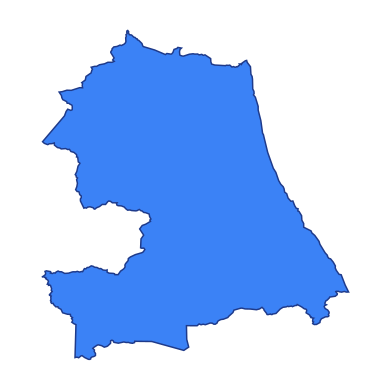 Gbokle, Bas-Sassandra, Ivory Coast (Equal Earth projection), rotated 268°
{"feature_id": "98640826B37905317988050", "entity_name": "Gbokle", "entity_type": "district", "adm_level": 2, "iso_a3": "CIV", "parent_name": "Ivory Coast", "parent_adm1": "Bas-Sassandra", "projection": "equal_earth", "projection_center": [-6.009, 5.243], "detail": "fine", "context": "isolated", "style": "filled", "palette": "blue", "viewbox_px": 384, "rotation_deg": 268, "n_neighbors": 0, "source": "geoboundaries", "source_scale": "gbopen_adm2", "svg_char_len": 5813}
<svg xmlns="http://www.w3.org/2000/svg" viewBox="0 0 384 384"><g transform="rotate(268 192 192)"><path d="M179.6,83.4L180.0,84.4L179.6,86.0L180.5,87.1L180.8,89.5L179.7,92.7L178.4,93.6L178.3,94.4L179.6,96.1L180.7,99.1L182.7,101.8L182.6,105.2L185.2,107.4L185.9,108.4L185.8,109.1L185.4,110.4L184.0,112.0L183.8,116.7L183.0,116.1L181.4,116.6L180.9,117.7L180.6,120.9L179.3,123.8L177.6,125.2L176.1,127.0L176.2,129.4L175.6,130.9L175.1,135.2L175.3,136.5L176.4,138.7L175.1,140.2L174.9,141.2L173.2,143.2L173.0,144.8L171.5,148.4L168.8,148.8L166.4,150.0L165.4,148.9L164.1,149.5L161.4,144.5L160.3,141.1L156.9,138.4L150.6,142.2L146.9,139.4L138.0,138.7L137.6,139.6L137.6,141.9L136.2,142.9L133.9,141.2L133.1,139.9L131.4,133.2L129.2,128.1L128.3,126.8L127.6,126.0L125.7,125.8L122.7,123.1L121.3,122.4L119.6,122.5L118.6,122.0L117.4,120.9L115.4,117.8L112.0,115.3L112.1,112.0L113.0,111.7L113.4,110.5L113.8,106.3L114.8,104.4L117.1,104.4L116.7,103.4L117.1,100.5L118.7,98.2L118.6,96.6L119.9,94.4L120.2,92.1L121.2,90.6L121.7,88.7L120.2,86.1L120.2,84.6L118.9,83.2L119.2,81.8L116.2,79.9L116.4,78.9L115.9,76.8L116.7,74.6L116.2,72.5L116.4,71.3L116.3,69.5L115.2,65.9L115.1,61.9L116.8,58.9L117.0,56.7L117.7,55.4L116.8,53.4L115.8,52.6L116.0,51.1L115.4,49.5L115.9,47.7L116.7,48.2L117.4,47.7L118.3,43.7L117.8,42.3L116.0,42.9L114.6,42.6L113.1,40.6L112.3,39.0L112.4,41.0L111.8,41.7L111.7,42.6L111.0,42.7L110.9,43.2L110.4,42.9L108.9,44.9L107.6,45.4L104.9,44.2L104.8,45.6L103.7,45.4L103.8,46.9L103.6,47.3L100.3,48.3L98.6,47.9L97.5,48.8L95.5,47.0L94.9,47.0L94.7,46.1L94.2,45.9L93.8,46.0L92.9,47.7L92.1,47.2L89.8,47.3L88.3,46.8L87.6,47.5L86.9,47.1L86.0,47.5L85.6,47.9L85.5,49.4L84.3,49.8L82.0,51.9L82.0,53.7L81.7,54.2L80.9,54.3L79.3,57.0L75.8,58.5L74.2,63.2L73.9,66.2L72.3,66.3L70.5,68.2L69.7,67.2L68.3,68.2L67.0,68.0L66.1,67.3L64.6,69.2L63.5,71.4L30.6,69.3L31.0,71.2L30.3,73.0L32.1,75.4L32.3,76.5L30.4,78.8L28.4,82.6L28.3,84.1L28.7,84.9L29.8,85.1L30.7,86.5L31.0,88.1L31.9,89.8L34.0,89.9L36.0,88.7L37.5,89.0L39.2,87.4L40.2,88.6L42.3,92.0L42.5,93.1L41.6,96.3L40.0,98.9L40.6,101.4L41.0,102.3L43.6,105.3L46.2,105.5L46.7,106.8L46.2,107.9L44.5,108.7L43.5,113.1L44.5,118.7L43.9,120.9L43.9,123.3L43.3,124.8L42.9,127.3L43.5,129.3L44.8,129.5L44.0,146.6L34.0,178.3L37.1,183.3L44.9,181.6L58.6,181.8L58.2,192.5L59.9,194.5L59.0,196.4L59.5,198.5L58.9,200.7L60.4,205.5L60.2,207.6L59.1,209.3L59.1,210.7L60.1,212.4L61.8,213.2L62.5,214.1L63.5,216.3L63.8,219.0L65.3,223.4L66.5,224.4L70.1,228.7L72.5,229.8L74.2,236.7L74.2,237.9L73.3,241.0L73.0,246.2L72.1,252.3L72.8,255.5L74.3,257.9L72.5,259.7L71.4,259.9L68.4,262.1L67.0,262.7L66.8,263.6L67.3,266.3L66.8,266.8L66.8,267.9L67.2,268.2L67.7,271.7L72.0,276.1L73.6,278.9L73.9,282.0L74.5,283.8L74.1,284.5L74.5,287.4L73.9,288.4L74.9,290.9L75.0,292.7L75.9,293.2L73.4,297.5L71.3,300.2L71.0,301.7L70.4,302.3L69.5,302.5L67.3,301.8L64.8,305.4L63.9,305.6L63.0,306.7L62.4,306.4L61.7,308.9L61.5,308.5L58.8,308.0L58.2,308.2L57.9,308.9L56.3,308.0L55.3,309.5L55.3,311.8L57.1,315.3L58.8,315.6L60.8,316.9L62.6,321.1L62.6,323.2L63.0,324.2L63.7,324.5L64.8,324.0L66.2,324.8L67.2,324.8L69.3,323.5L70.9,321.0L72.8,320.1L73.8,320.6L74.6,322.4L75.3,321.1L76.3,320.9L78.7,322.1L79.2,323.3L81.3,325.5L82.2,326.0L82.8,331.5L84.3,333.5L85.2,333.7L87.4,332.2L87.7,332.6L87.6,334.9L87.1,335.9L86.7,338.1L87.3,340.7L86.6,342.7L86.6,345.0L93.7,341.8L104.1,338.2L104.6,336.1L108.6,333.5L111.1,332.5L113.1,332.7L117.0,330.7L120.3,328.2L121.1,326.2L123.1,325.1L124.0,325.1L126.6,322.9L135.3,318.0L138.3,317.2L144.3,313.2L146.9,310.4L149.0,309.6L152.9,302.4L156.6,302.5L160.0,300.8L164.5,300.7L168.8,298.3L169.4,297.1L171.6,297.4L172.0,295.7L174.6,294.2L179.5,292.5L179.3,290.5L182.6,287.8L187.0,286.6L188.6,284.6L192.1,284.1L194.1,283.3L196.6,281.0L200.4,279.0L208.7,276.5L212.8,274.1L229.0,269.0L247.1,265.3L248.1,264.6L260.9,263.3L271.5,261.0L275.3,261.1L284.6,258.6L286.9,256.8L288.2,257.5L290.5,257.4L292.8,256.3L302.7,256.4L305.4,256.1L307.6,255.0L315.2,254.8L319.6,251.7L321.6,251.2L321.3,249.9L319.4,247.0L317.9,245.9L318.6,245.6L318.1,244.7L318.3,243.8L317.5,244.1L315.6,241.9L315.7,240.9L315.2,240.1L315.3,238.8L315.9,238.1L315.5,236.3L317.5,234.2L317.3,233.0L317.5,230.7L317.1,229.9L318.1,219.1L319.2,216.1L321.3,215.4L324.7,215.3L328.6,209.8L328.2,208.0L329.2,206.6L328.8,203.9L329.7,202.5L329.7,199.8L330.1,197.9L329.8,194.2L328.1,188.3L328.2,187.1L328.9,185.2L329.4,184.6L332.6,184.4L334.9,185.0L336.2,186.5L337.0,182.9L336.0,181.9L335.1,179.0L332.1,177.8L330.7,176.5L330.5,175.8L331.3,171.7L330.3,170.2L335.2,159.7L339.0,148.5L339.9,147.8L342.1,147.2L345.4,144.1L346.0,142.8L346.9,142.6L347.3,141.5L348.5,140.4L348.8,139.2L351.0,137.1L351.4,134.9L353.3,134.1L354.5,134.3L355.7,133.4L355.4,132.7L354.1,132.3L352.7,132.7L351.5,131.5L350.0,131.8L348.4,131.1L344.6,131.2L343.3,130.6L342.2,129.4L340.9,126.7L341.3,125.1L340.1,122.2L339.7,118.9L337.9,117.1L336.8,117.0L335.1,115.8L334.2,115.7L328.7,118.8L326.7,117.3L325.3,118.8L324.4,116.6L324.6,112.5L323.2,109.1L322.4,104.0L320.9,101.1L321.0,99.1L320.2,95.6L318.1,96.8L317.1,96.1L314.5,95.3L311.2,90.1L307.7,89.3L305.1,85.6L304.2,86.4L302.2,86.0L300.0,86.3L300.2,83.4L297.8,74.9L298.1,70.5L296.8,65.8L296.5,62.7L292.9,64.9L290.8,65.2L288.8,66.1L286.7,69.9L285.1,70.3L284.9,72.2L284.0,73.1L283.1,74.9L282.0,75.3L278.7,75.2L278.3,75.0L277.8,73.7L279.1,70.7L276.9,69.0L272.5,67.2L247.5,44.4L245.8,46.1L244.5,49.1L244.4,49.6L245.2,51.1L245.2,53.7L245.8,56.1L243.7,56.1L241.1,59.1L240.6,61.4L239.6,62.8L239.8,67.3L238.8,69.2L238.9,71.0L236.7,72.4L235.7,75.4L233.4,77.9L231.9,78.1L231.1,77.8L230.7,79.0L226.0,79.4L225.1,80.7L224.5,81.0L221.8,79.0L216.5,77.6L213.4,75.9L212.4,76.8L211.1,76.8L210.0,78.1L208.4,77.1L204.7,77.8L201.4,77.1L198.4,75.8L196.5,77.2L196.3,78.7L196.0,79.1L193.3,79.7L191.9,81.2L190.1,81.1L189.0,80.2L186.9,80.2L179.6,83.4Z" fill="#3b82f6" stroke="#1e3a8a" stroke-width="1.5"/></g></svg>